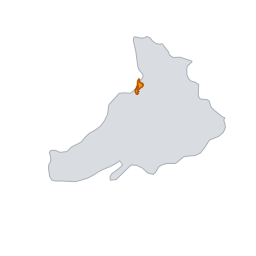 Pueblo Viejo, Azua, Dominican Republic shown in context, rotated 140°
{"feature_id": "3306468B59626233413170", "entity_name": "Pueblo Viejo", "entity_type": "district", "adm_level": 2, "iso_a3": "DOM", "parent_name": "Dominican Republic", "parent_adm1": "Azua", "projection": "robinson", "projection_center": [-70.862, 18.341], "detail": "fine", "context": "in_parent", "style": "filled", "palette": "amber", "viewbox_px": 256, "rotation_deg": 140, "n_neighbors": 0, "source": "geoboundaries", "source_scale": "gbopen_adm2", "svg_char_len": 3667}
<svg xmlns="http://www.w3.org/2000/svg" viewBox="0 0 256 256"><g transform="rotate(140 128 128)"><path d="M47.7,170.5L48.0,160.9L49.3,157.1L48.1,153.0L42.5,148.7L39.1,143.1L36.1,138.2L36.8,137.5L42.8,137.3L45.0,135.5L49.0,130.4L49.9,126.4L49.5,123.3L46.9,119.6L45.9,115.8L49.1,112.4L53.4,107.5L54.0,105.6L53.9,103.7L48.9,98.5L48.6,96.3L50.9,90.6L50.7,86.9L48.4,75.3L47.3,73.6L49.5,72.6L51.0,69.1L52.9,66.0L55.5,64.4L58.4,63.3L64.2,63.4L72.3,66.1L74.5,66.1L82.2,63.6L88.6,62.3L94.7,63.8L97.1,65.9L102.1,69.2L104.6,70.2L112.4,70.2L114.6,70.5L121.2,76.0L126.7,78.2L130.0,78.3L135.7,76.2L138.6,76.2L141.9,81.0L142.6,87.7L145.3,93.8L149.5,97.7L170.3,96.1L175.0,99.3L173.4,102.0L170.4,103.4L160.6,102.8L156.2,103.1L155.4,105.7L155.4,108.2L161.1,108.8L166.8,110.0L172.6,112.0L178.5,113.4L185.1,114.2L191.6,115.7L202.5,120.5L214.5,131.5L217.7,134.0L219.9,137.4L218.9,141.7L214.6,148.6L212.2,150.8L208.6,152.2L206.2,155.0L203.9,159.9L202.5,160.3L200.8,160.1L197.9,157.4L195.8,153.1L190.0,149.2L183.1,149.7L173.0,147.3L166.8,148.5L160.7,148.7L154.4,147.5L148.0,147.1L141.7,148.6L135.6,151.2L133.4,152.8L129.4,156.7L127.4,158.2L112.4,160.2L108.2,157.3L104.2,153.3L98.4,152.8L90.1,155.8L84.9,156.9L82.8,158.3L82.2,159.8L82.2,165.3L81.0,168.7L72.9,181.4L68.3,190.4L66.4,193.1L64.3,193.7L60.3,188.6L57.7,186.7L54.6,185.8L53.2,183.0L53.3,179.1L52.5,175.4L50.5,172.4L47.7,170.5Z" fill="#d9dde1" stroke="#a8b0b8" stroke-width="1"/><path d="M96.3,149.1L96.3,150.1L96.3,150.4L96.1,150.7L95.8,150.8L95.5,151.0L95.4,151.1L95.2,151.0L95.1,150.8L94.7,150.6L93.6,150.6L93.4,150.6L93.2,150.8L92.9,150.8L92.7,150.7L92.3,150.7L92.1,150.6L91.7,150.7L91.3,150.6L91.1,150.5L90.9,150.4L90.7,150.4L90.3,150.4L90.1,150.5L89.6,150.6L89.3,150.7L89.1,150.9L88.9,151.2L88.5,151.4L88.4,151.5L88.5,151.6L88.9,151.9L89.0,152.0L89.0,152.3L88.8,152.7L88.6,152.9L88.3,153.0L88.5,153.3L88.7,153.5L89.0,154.3L89.2,154.6L89.5,155.2L89.6,155.4L89.6,155.6L89.5,155.8L89.2,156.1L89.1,156.3L89.0,156.6L89.0,157.0L88.8,157.4L88.7,157.6L88.4,157.8L88.0,157.9L87.9,157.9L87.9,158.0L88.0,158.1L88.1,158.3L88.2,158.2L88.2,158.3L88.3,158.3L88.5,158.4L88.8,158.3L88.8,158.2L89.0,158.1L89.3,158.1L89.5,158.1L89.8,158.0L89.9,157.9L90.0,157.8L90.1,157.7L90.3,157.6L90.5,157.5L90.7,157.4L90.8,157.3L90.9,157.2L91.0,157.1L91.2,156.9L91.3,156.9L91.4,156.7L91.5,156.6L91.7,156.4L91.7,156.2L91.8,156.2L92.0,156.1L92.1,155.9L92.3,155.8L92.3,155.7L92.5,155.5L92.5,155.4L92.5,155.2L92.8,155.0L92.9,154.9L93.0,154.8L92.9,154.8L92.9,154.7L92.9,154.4L93.0,154.3L93.0,154.2L93.1,153.9L93.2,153.7L93.3,153.7L93.4,153.4L93.5,153.2L93.8,153.0L94.0,153.0L94.1,152.9L94.1,152.7L94.4,152.6L94.5,152.6L94.5,152.8L94.6,152.7L94.7,152.8L94.8,152.8L94.9,153.0L94.7,153.2L94.8,153.2L94.8,153.3L94.7,153.2L94.7,153.3L94.7,153.5L94.8,153.4L95.0,153.4L95.1,153.2L95.2,153.3L94.9,153.5L95.0,153.6L95.3,153.4L95.4,153.2L95.5,153.1L95.8,153.0L95.8,152.9L95.8,152.7L95.7,152.7L95.8,152.5L95.9,152.3L96.0,152.3L96.4,152.3L96.5,152.3L96.7,152.5L96.7,152.8L96.8,152.8L97.0,152.8L97.3,152.8L97.2,152.7L97.4,152.4L98.1,152.0L98.4,151.8L98.6,151.7L98.8,151.5L98.9,151.3L99.4,150.2L99.5,149.7L99.6,149.4L99.6,148.6L99.6,148.4L99.5,148.2L99.2,148.1L99.1,147.9L98.9,147.7L98.6,147.7L98.2,147.9L98.0,148.0L97.9,148.2L97.8,148.3L97.8,148.5L97.9,148.8L97.6,149.2L97.5,149.5L97.4,149.6L97.2,149.6L96.9,149.4L96.6,149.2L96.3,149.1ZM94.3,153.6L94.2,153.7L93.9,153.7L93.7,153.7L93.8,153.8L93.7,153.8L93.5,154.0L93.4,154.1L93.4,154.3L93.4,154.2L93.3,154.3L93.2,154.4L93.1,154.6L93.1,154.8L93.2,154.7L93.3,154.5L93.4,154.4L93.5,154.3L93.5,154.2L93.7,153.9L93.8,153.9L94.0,153.7L94.2,153.8L94.3,153.7L94.3,153.6Z" fill="#f59e0b" stroke="#b45309" stroke-width="1.5"/></g></svg>